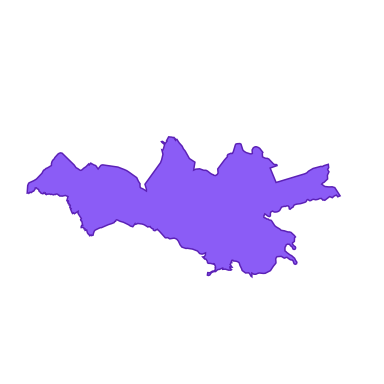 outline of Jalcomulco, Veracruz, Mexico, rotated 133°
{"feature_id": "50627088B48906851597033", "entity_name": "Jalcomulco", "entity_type": "district", "adm_level": 2, "iso_a3": "MEX", "parent_name": "Mexico", "parent_adm1": "Veracruz", "projection": "mercator", "projection_center": [-96.756, 19.335], "detail": "fine", "context": "isolated", "style": "filled", "palette": "violet", "viewbox_px": 384, "rotation_deg": 133, "n_neighbors": 0, "source": "geoboundaries", "source_scale": "gbopen_adm2", "svg_char_len": 6035}
<svg xmlns="http://www.w3.org/2000/svg" viewBox="0 0 384 384"><g transform="rotate(133 192 192)"><path d="M231.7,123.4L232.1,122.5L233.8,121.8L234.9,122.2L236.0,123.1L238.9,123.9L240.2,125.5L242.3,124.1L242.0,123.2L240.7,122.4L237.9,122.8L236.6,122.4L235.3,121.7L234.1,120.5L231.3,120.3L229.8,119.1L227.0,117.9L226.7,117.6L227.6,116.8L225.7,115.0L224.3,112.1L222.7,110.3L221.8,110.1L221.7,112.5L221.1,113.2L219.7,111.5L219.4,112.8L219.7,113.0L219.2,113.5L219.2,113.9L218.9,114.3L218.9,114.8L218.3,114.7L216.7,115.5L216.4,114.9L215.4,116.1L214.6,116.2L214.0,115.5L214.2,114.7L212.5,112.5L211.8,110.9L211.6,109.2L213.0,106.8L214.3,103.4L215.2,101.8L214.7,97.6L212.5,95.5L212.4,94.3L213.3,91.5L213.2,90.4L210.5,92.9L209.9,90.6L208.6,89.2L206.6,88.4L205.3,87.5L202.9,84.3L201.5,83.0L196.0,81.0L190.7,81.9L187.0,82.1L186.3,82.5L183.8,85.2L182.2,85.7L181.2,85.6L178.2,82.8L177.5,79.6L177.1,79.1L175.7,78.6L175.0,77.9L174.7,74.8L174.4,73.7L173.4,72.2L173.5,70.9L174.5,69.2L174.8,68.3L174.5,67.2L173.2,66.6L171.8,67.4L171.4,69.4L170.5,71.8L170.6,75.8L171.1,77.2L171.6,81.6L171.5,82.8L171.7,83.5L171.5,84.0L169.4,86.0L168.6,86.4L168.0,86.4L166.6,87.0L165.1,86.7L163.8,85.1L164.1,83.1L163.9,81.3L164.8,79.3L164.5,78.3L163.8,77.7L162.9,77.7L161.9,78.4L161.6,79.2L161.9,81.2L161.5,83.1L160.6,83.8L158.4,83.4L155.5,85.8L154.3,85.7L154.0,87.6L154.0,92.0L154.7,93.4L155.8,94.6L157.4,98.0L159.2,100.7L159.2,102.6L160.1,106.7L160.2,108.6L158.9,113.6L158.8,115.0L159.8,116.3L159.8,117.7L160.8,119.1L160.9,120.6L161.5,121.5L161.5,122.2L160.3,123.2L158.3,123.8L157.8,119.7L157.1,118.5L156.0,118.4L153.9,120.3L152.6,120.7L151.0,120.0L150.7,118.6L150.2,117.7L148.6,116.3L147.2,115.6L145.8,115.3L142.0,116.2L139.7,114.9L138.8,113.8L137.4,113.2L136.7,112.3L136.6,111.1L138.0,109.3L137.7,108.5L135.7,108.3L134.2,107.8L132.1,108.4L130.9,108.0L129.4,107.1L126.4,104.6L122.4,102.3L121.2,102.0L119.1,102.5L118.4,102.1L118.2,100.1L117.3,99.3L115.4,98.8L114.5,98.2L113.3,96.2L111.5,94.9L109.9,94.3L108.5,93.0L108.7,90.8L108.0,90.2L107.5,89.2L101.4,88.2L100.5,85.5L97.7,85.2L95.8,84.3L96.1,82.1L93.8,81.1L91.4,90.6L92.6,93.0L94.9,95.3L97.3,98.5L97.5,99.3L97.8,102.5L96.1,102.5L94.8,102.0L90.0,101.7L87.4,104.4L83.8,105.6L83.5,106.9L82.9,108.3L81.0,108.6L78.8,111.2L82.6,113.4L84.6,114.1L85.3,115.2L92.2,119.5L97.3,121.0L99.8,121.1L101.7,121.9L127.7,137.0L121.2,151.2L114.7,147.8L114.3,148.3L114.4,149.0L115.7,150.5L115.9,151.5L115.5,158.2L116.0,159.8L117.1,161.1L117.6,162.2L118.2,164.4L115.7,167.0L114.7,167.2L113.9,172.1L114.1,173.6L114.9,175.6L115.6,176.4L116.6,177.0L117.9,177.3L120.3,176.7L122.6,174.2L123.2,174.3L124.3,175.3L126.2,179.2L126.7,181.6L126.6,183.5L123.6,188.8L123.9,190.0L126.0,192.0L127.0,192.6L128.0,192.4L134.5,189.2L136.2,188.8L136.8,189.2L137.0,189.9L140.0,191.3L141.2,191.1L142.0,190.2L146.4,190.1L157.6,188.9L160.3,185.9L162.0,185.5L163.9,186.0L164.9,187.4L164.9,188.3L165.5,189.7L165.8,191.3L166.1,195.0L166.6,196.6L168.1,198.2L169.8,202.2L172.7,204.8L174.9,205.7L168.2,210.2L169.3,216.7L166.7,224.9L166.3,227.7L165.2,230.5L164.8,235.0L163.8,238.9L164.4,239.4L165.4,239.3L165.2,240.1L164.8,239.8L164.5,240.3L164.4,242.5L165.0,242.6L165.6,244.1L167.6,246.7L171.8,245.6L171.8,245.0L174.6,244.7L175.1,248.1L176.0,248.7L176.2,247.9L176.0,244.4L179.4,242.6L181.6,241.9L181.8,242.7L184.2,239.0L189.1,236.2L192.1,235.0L218.4,231.7L221.2,227.0L222.4,226.0L223.2,230.1L224.0,232.3L223.9,233.1L222.1,235.2L221.5,235.4L220.7,238.5L219.2,242.2L220.5,252.0L220.9,254.3L221.7,256.7L224.3,263.2L232.9,275.6L233.6,276.3L234.8,276.8L239.2,276.4L238.7,279.0L238.4,279.3L238.5,280.9L239.2,282.5L239.5,284.1L240.1,285.0L240.2,285.4L239.9,285.5L240.1,285.9L242.3,285.7L242.0,286.7L245.9,286.8L248.3,287.4L250.8,287.6L251.8,287.9L252.2,288.3L252.5,289.1L252.8,291.5L253.3,293.4L252.6,296.7L252.2,313.5L253.1,314.9L254.2,315.5L255.6,315.9L260.3,315.8L261.8,315.4L263.8,315.5L265.3,315.1L266.9,314.3L268.5,312.9L272.8,314.1L274.3,314.8L276.5,315.0L277.3,315.4L280.7,314.5L288.6,314.6L291.5,315.4L296.4,317.4L297.1,317.4L299.3,316.6L305.2,311.8L304.1,310.9L304.2,310.4L302.6,310.3L302.5,309.8L302.0,309.1L300.2,308.9L299.4,308.4L297.0,308.7L296.0,309.4L295.1,308.8L295.1,308.0L295.3,307.3L294.9,306.6L294.8,305.9L295.7,304.3L295.6,303.4L295.8,301.6L295.0,299.8L294.0,299.8L294.2,299.6L292.8,298.7L293.4,298.0L293.1,297.5L293.4,297.2L293.2,296.7L292.7,296.7L290.6,294.8L290.2,293.7L289.6,293.4L288.5,291.3L287.8,291.1L286.9,290.1L286.1,290.0L285.3,288.8L285.3,287.3L285.0,286.9L285.2,286.1L283.3,283.9L280.9,282.3L279.9,279.6L283.6,277.7L282.8,276.4L283.0,276.1L283.9,276.4L284.7,274.8L284.3,274.6L284.9,273.5L284.8,273.4L285.0,273.2L284.6,273.1L284.9,271.8L285.6,271.7L286.0,270.9L286.6,270.8L286.7,269.1L287.3,269.3L288.8,266.0L289.2,264.7L288.0,264.4L288.1,263.2L283.8,262.1L285.4,260.7L286.9,254.8L288.2,254.6L288.7,253.6L288.5,253.0L288.9,252.1L291.0,249.2L291.7,249.9L293.1,249.3L293.6,248.8L292.2,247.5L292.0,246.7L292.6,245.8L292.0,245.1L293.0,244.0L291.7,243.1L293.2,240.6L293.5,239.0L293.4,238.9L293.4,238.1L293.8,237.1L292.3,236.6L292.6,235.9L291.1,234.9L289.2,236.0L287.2,236.8L285.8,236.8L280.9,234.9L279.8,233.9L272.9,230.9L269.9,229.2L267.5,228.1L266.3,228.4L265.6,227.9L264.6,228.3L263.9,228.3L263.5,227.9L262.4,224.5L260.9,221.5L259.2,216.0L258.9,213.9L257.8,211.6L254.3,212.0L254.6,211.6L253.2,210.7L252.0,210.2L249.4,206.6L248.5,204.5L247.7,200.4L246.9,200.1L246.3,199.2L245.8,199.0L246.1,198.1L246.0,196.4L245.5,195.4L246.2,194.3L246.0,193.3L245.4,192.6L244.0,192.5L243.8,192.1L242.9,191.9L243.0,191.0L242.9,189.4L243.7,180.4L243.4,179.9L242.0,178.7L241.6,177.6L241.7,177.3L241.4,176.3L237.9,173.6L237.1,171.7L236.9,170.7L237.2,168.5L238.8,164.5L239.2,161.8L237.4,157.9L236.4,157.1L233.4,152.7L231.4,147.7L231.8,144.5L231.0,142.9L230.1,141.9L227.3,140.6L229.0,139.2L230.9,138.9L232.2,139.9L232.3,137.9L232.0,138.1L232.0,137.4L232.3,137.0L231.6,135.9L232.2,133.6L233.1,132.4L233.1,131.5L231.6,129.8L230.5,127.8L229.9,127.5L230.1,127.1L229.4,126.8L230.1,124.8L231.0,123.4L231.7,123.4Z" fill="#8b5cf6" stroke="#5b21b6" stroke-width="1.5"/></g></svg>